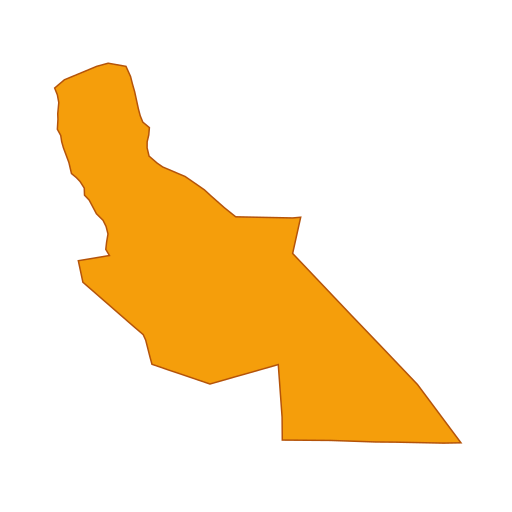 the district of Sussuapara, Piauí, Brazil, rotated 354°
{"feature_id": "56859067B50131316472878", "entity_name": "Sussuapara", "entity_type": "district", "adm_level": 2, "iso_a3": "BRA", "parent_name": "Brazil", "parent_adm1": "Piauí", "projection": "robinson", "projection_center": [-41.387, -7.006], "detail": "fine", "context": "isolated", "style": "filled", "palette": "amber", "viewbox_px": 512, "rotation_deg": 354, "n_neighbors": 0, "source": "geoboundaries", "source_scale": "gbopen_adm2", "svg_char_len": 1037}
<svg xmlns="http://www.w3.org/2000/svg" viewBox="0 0 512 512"><g transform="rotate(354 256 256)"><path d="M129.1,48.8L117.5,50.7L83.9,60.7L73.3,67.9L75.3,75.0L75.9,82.8L73.7,93.8L73.3,99.5L71.7,109.2L74.4,115.7L74.7,122.0L75.8,128.3L79.7,143.5L81.1,154.7L85.5,159.2L88.8,163.5L92.3,170.5L91.8,177.6L95.9,182.9L98.7,189.8L101.7,197.3L107.6,204.5L110.0,211.0L111.1,218.6L108.9,226.5L107.3,233.7L110.3,240.2L78.8,242.1L81.1,264.0L122.4,308.4L128.2,314.6L135.6,322.4L137.5,328.1L140.0,345.3L141.2,352.8L157.9,360.6L168.7,365.5L196.8,378.5L222.4,374.0L231.3,372.5L266.8,366.3L265.1,419.0L262.9,441.8L310.8,447.2L355.8,453.5L375.3,455.7L423.0,461.7L440.3,463.2L403.1,400.6L371.5,359.6L344.2,324.4L292.7,257.3L304.5,222.1L296.5,222.0L239.9,214.9L229.5,204.6L217.2,191.2L211.6,184.8L193.8,169.5L186.9,165.7L172.5,157.7L167.4,153.3L160.1,145.5L159.0,137.1L159.7,131.0L162.0,124.4L163.4,117.2L157.4,111.0L155.5,104.4L154.4,97.3L152.5,80.0L151.1,72.0L150.0,64.4L146.5,53.8L129.1,48.8Z" fill="#f59e0b" stroke="#b45309" stroke-width="1.5"/></g></svg>